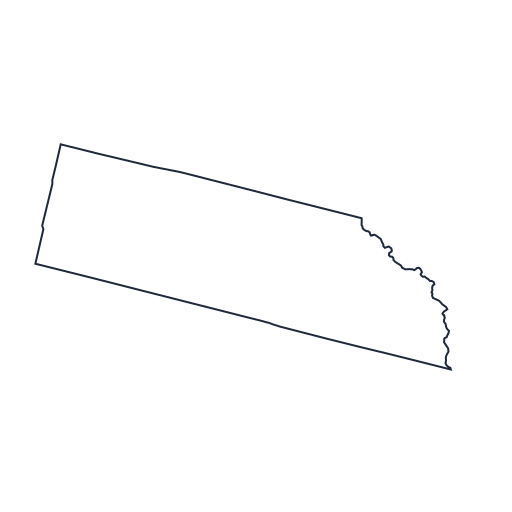 Sheridan, Wyoming, United States of America (Robinson projection), rotated 194°
{"feature_id": "52423323B2027306214362", "entity_name": "Sheridan", "entity_type": "district", "adm_level": 2, "iso_a3": "USA", "parent_name": "United States of America", "parent_adm1": "Wyoming", "projection": "robinson", "projection_center": [-107.487, 44.779], "detail": "fine", "context": "isolated", "style": "outline", "palette": "slate", "viewbox_px": 512, "rotation_deg": 194, "n_neighbors": 0, "source": "geoboundaries", "source_scale": "gbopen_adm2", "svg_char_len": 1892}
<svg xmlns="http://www.w3.org/2000/svg" viewBox="0 0 512 512"><g transform="rotate(194 256 256)"><path d="M413.9,195.1L345.1,194.8L271.9,194.5L271.0,194.5L249.5,194.4L235.1,194.4L229.6,194.2L227.3,194.3L222.6,193.7L218.1,193.5L216.2,193.3L166.8,192.9L134.8,192.9L117.5,193.0L108.5,193.1L108.3,193.1L76.1,193.1L39.5,193.0L40.4,194.5L43.0,195.1L45.0,196.3L46.2,197.9L46.2,199.5L46.6,201.6L47.2,202.9L47.3,204.3L47.2,205.6L46.9,207.0L46.1,209.7L47.2,212.8L48.9,214.4L51.0,216.3L52.7,217.8L52.9,219.7L53.3,220.9L53.1,222.1L52.7,222.3L51.4,223.3L51.0,226.2L50.6,227.8L50.6,230.0L52.7,231.3L54.1,232.7L55.6,235.9L57.1,237.2L57.7,237.6L58.1,239.7L57.9,241.8L58.7,242.8L58.7,243.5L59.3,244.2L59.9,244.1L61.1,245.1L60.9,246.1L59.8,248.2L58.8,249.0L57.5,250.6L59.1,252.4L63.7,254.3L65.6,255.7L67.6,256.9L71.3,257.6L74.1,258.1L75.6,260.2L75.6,261.6L76.0,262.6L76.8,263.0L76.7,264.4L76.6,265.7L77.4,267.6L77.4,270.2L76.1,271.6L76.3,272.1L77.3,273.7L79.5,274.3L81.0,273.8L83.2,275.2L85.9,276.1L87.4,276.9L89.0,276.2L90.6,276.8L91.8,278.1L91.1,280.5L92.2,281.9L93.5,283.2L94.9,284.0L95.5,283.8L97.0,283.2L97.6,282.1L99.0,280.6L101.1,280.9L103.8,280.4L105.6,279.9L107.8,279.2L111.3,279.9L113.0,281.8L115.8,282.8L119.3,283.9L121.7,285.4L122.1,287.0L123.5,288.2L125.8,288.0L127.3,289.0L127.5,291.1L126.3,292.2L125.4,293.8L126.6,296.2L129.5,297.3L132.1,295.7L132.9,295.1L134.7,296.2L135.3,298.0L137.0,299.8L138.9,302.5L140.2,303.2L142.4,304.0L144.0,304.7L146.0,305.3L146.7,305.0L147.7,304.7L148.3,304.3L148.2,304.1L149.5,303.6L150.6,304.9L151.4,306.5L153.3,307.1L155.0,306.9L156.8,307.4L158.4,308.1L159.4,309.0L159.8,310.3L161.1,311.6L161.3,312.8L161.8,315.0L162.4,317.5L162.7,318.2L239.3,318.4L289.2,318.8L349.4,319.1L377.0,317.7L433.8,317.1L472.5,317.1L472.1,296.6L472.0,280.4L471.0,276.5L470.8,233.7L468.8,230.6L468.2,195.1L413.9,195.1L413.9,195.1Z" fill="none" stroke="#1e293b" stroke-width="2"/></g></svg>